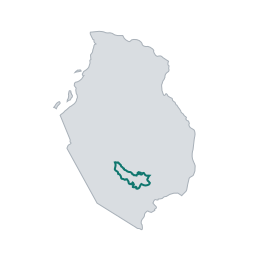 Shinyanga highlighted on a map of United Republic of Tanzania, rotated 212°
{"feature_id": "TZA-3358", "entity_name": "Shinyanga", "entity_type": "Region", "adm_level": 1, "iso_a3": "TZA", "parent_name": "United Republic of Tanzania", "parent_adm1": "", "projection": "mercator", "projection_center": [32.976, -3.814], "detail": "medium", "context": "in_parent", "style": "outline", "palette": "teal", "viewbox_px": 256, "rotation_deg": 212, "n_neighbors": 0, "source": "natural_earth", "source_scale": "10m", "svg_char_len": 5218}
<svg xmlns="http://www.w3.org/2000/svg" viewBox="0 0 256 256"><g transform="rotate(212 128 128)"><path d="M98.7,173.3L96.3,172.1L94.1,171.3L92.3,170.4L91.5,169.6L89.8,169.2L88.3,169.1L87.0,168.3L84.2,168.0L83.9,167.5L83.8,166.3L83.3,166.0L82.3,165.7L81.2,165.7L80.6,165.9L80.2,165.8L79.3,165.1L78.4,164.3L78.1,162.9L76.9,162.0L75.4,161.3L71.3,161.4L70.7,161.2L69.7,160.5L68.6,159.3L67.7,158.0L66.9,156.2L66.0,153.8L61.4,144.1L60.9,142.3L60.0,140.3L58.5,137.8L56.9,135.9L54.8,134.3L52.3,132.6L51.0,131.5L48.5,127.0L48.0,124.8L47.6,122.6L47.8,121.8L49.3,118.9L49.5,118.1L49.3,117.1L48.5,114.8L47.6,112.1L45.6,107.1L45.3,105.8L45.3,104.9L46.5,99.9L46.5,99.1L51.2,99.2L54.6,97.0L57.5,93.7L58.1,92.4L59.3,90.2L60.5,89.2L61.0,88.5L61.7,86.3L63.2,84.9L64.7,83.8L64.4,83.0L64.6,82.7L65.5,82.2L67.1,81.7L67.4,80.6L67.4,79.3L67.1,78.6L67.2,77.8L66.9,77.4L65.9,77.2L64.3,76.6L63.0,76.4L62.1,76.0L61.8,75.7L61.6,75.0L62.4,73.0L61.6,72.3L63.3,69.1L63.6,68.7L64.2,68.6L65.1,68.3L66.0,68.1L66.7,68.2L67.2,68.1L67.6,67.8L68.0,66.7L68.4,64.9L68.2,63.4L67.5,62.2L67.3,60.5L67.6,58.2L67.4,56.2L66.7,54.7L65.9,53.8L64.7,53.3L62.9,51.0L62.3,49.8L62.4,49.1L63.1,48.8L64.2,48.9L65.3,48.6L66.4,48.0L67.4,47.8L67.9,47.9L114.4,47.9L168.8,78.3L169.1,78.6L169.5,81.2L169.4,82.1L168.6,83.6L168.3,84.4L168.3,85.0L168.5,85.2L169.2,85.3L169.8,85.6L170.1,85.9L170.5,87.0L171.1,87.6L191.8,102.5L192.3,102.8L192.0,104.0L190.8,107.1L190.7,108.3L190.3,109.8L189.8,110.8L188.6,115.1L187.7,116.7L186.3,120.4L186.1,123.3L186.8,125.3L187.1,127.2L188.7,129.1L190.0,129.7L190.8,130.6L192.4,132.5L193.2,134.4L196.0,135.4L197.1,137.6L196.7,139.1L195.4,140.3L194.2,142.3L193.3,145.0L193.2,149.0L193.9,148.4L195.3,149.4L195.5,152.4L194.0,155.8L193.6,157.5L193.5,158.8L194.6,163.0L196.2,165.1L196.1,165.8L195.7,166.3L198.5,170.1L198.3,173.4L199.3,175.9L199.8,178.1L200.5,179.8L200.6,181.0L199.7,182.3L201.8,182.6L203.0,183.7L203.6,184.7L205.1,184.6L205.9,185.3L207.0,185.9L209.6,187.6L210.3,188.4L210.7,189.3L203.7,194.7L201.1,196.0L199.3,196.7L197.3,197.0L195.5,197.9L193.7,199.2L191.5,199.9L188.8,199.9L185.9,200.8L181.4,203.6L178.8,202.1L176.7,201.6L174.4,201.6L172.9,201.8L172.4,202.2L172.0,203.1L171.6,204.7L170.0,206.2L167.3,207.6L164.8,208.1L162.5,207.8L161.0,207.2L160.2,206.3L159.0,205.9L157.4,206.0L155.9,206.6L154.4,207.7L152.1,208.2L149.0,208.1L147.3,207.5L147.0,206.6L145.7,205.5L143.1,204.2L141.2,204.2L140.0,205.4L138.9,206.2L138.0,206.5L137.1,206.5L135.8,206.2L132.3,206.1L129.0,206.1L128.6,204.4L128.0,203.3L127.4,202.7L126.2,202.5L125.9,202.0L125.5,201.0L125.0,200.0L124.2,199.3L123.8,198.6L123.6,197.9L123.7,197.2L124.4,195.4L124.6,194.2L124.6,193.0L124.2,191.7L123.4,190.2L123.5,189.7L123.2,188.7L123.2,188.0L123.3,187.1L123.2,185.9L122.5,183.4L122.5,182.7L121.8,181.5L119.6,178.6L119.5,178.2L116.0,175.3L114.7,174.7L114.2,175.2L114.0,175.7L114.1,176.6L114.0,177.1L113.9,177.3L113.1,177.3L112.6,177.2L111.3,176.4L110.2,176.2L107.7,176.3L106.8,176.5L106.1,176.4L104.8,175.0L103.2,174.7L101.8,174.7L99.5,173.1L98.7,173.3ZM196.3,124.9L197.5,128.1L197.3,128.7L196.5,129.0L196.1,129.0L195.6,128.5L195.3,127.5L194.7,127.7L193.6,126.4L192.6,126.4L191.7,124.8L192.0,123.5L191.8,121.2L192.9,120.1L193.6,118.1L194.3,119.5L194.4,121.5L195.4,124.0L196.3,124.9ZM201.8,106.0L201.9,106.7L201.7,107.4L201.7,109.7L201.6,111.2L200.8,113.2L200.1,114.0L199.5,113.8L199.0,113.4L198.6,112.8L199.4,109.0L199.0,106.3L200.6,106.5L201.8,106.0ZM199.5,151.9L198.7,152.0L198.4,151.9L197.9,151.2L198.8,150.7L199.6,149.7L201.5,148.1L202.4,146.9L202.3,148.1L201.2,150.7L200.3,150.9L199.5,151.9Z" fill="#d9dde1" stroke="#a8b0b8" stroke-width="1"/><path d="M109.9,91.5L109.6,91.2L109.6,90.9L108.7,90.7L107.5,91.0L106.5,91.0L105.6,90.8L103.9,91.2L102.6,91.9L101.8,91.9L100.9,91.8L100.2,91.3L99.6,91.1L98.9,91.4L97.9,91.1L97.6,91.3L97.4,91.5L95.6,92.2L95.8,93.0L95.6,93.8L95.2,93.9L95.0,94.2L94.8,94.4L94.7,94.6L95.2,95.2L95.9,95.4L95.6,96.2L94.2,96.6L93.8,96.7L93.8,96.1L93.7,95.7L93.4,95.4L92.9,95.2L92.4,95.5L92.0,95.6L91.7,95.9L91.6,96.5L91.7,97.1L91.7,97.4L91.5,97.6L91.1,98.1L90.5,98.2L89.4,97.6L88.2,97.2L86.9,97.4L85.7,98.3L84.6,98.9L84.8,97.7L84.6,96.9L84.5,96.2L84.5,95.4L84.4,94.6L84.0,94.2L83.5,93.8L82.2,93.6L80.4,93.0L80.2,92.0L80.4,91.0L81.3,89.8L82.6,88.6L84.2,87.9L85.7,87.7L87.0,87.6L87.2,86.4L86.8,83.5L87.1,82.5L87.7,81.6L88.2,81.3L88.8,81.1L89.2,81.4L89.3,82.0L89.7,82.3L90.2,82.3L90.4,81.8L90.8,81.4L91.2,81.1L92.1,80.6L92.6,80.5L92.9,81.0L93.1,81.5L93.0,82.3L93.0,83.1L93.5,83.5L94.7,84.2L95.2,84.2L95.2,83.8L94.9,83.8L94.8,83.3L95.1,82.3L95.6,82.4L96.0,82.2L96.2,81.7L96.5,81.5L96.9,81.6L97.8,81.4L98.7,82.1L99.0,82.7L99.4,83.0L99.8,83.1L100.3,83.4L100.6,83.4L100.9,83.5L101.2,83.8L101.5,84.0L102.5,83.6L103.1,82.5L103.6,82.3L104.1,82.4L104.8,82.3L105.4,82.1L106.2,81.7L106.9,81.7L108.7,83.4L110.0,84.0L110.8,84.2L111.3,84.1L111.8,83.8L112.2,84.0L112.7,84.8L113.4,85.3L114.5,85.4L115.9,85.4L117.1,85.8L117.6,86.6L118.1,88.2L118.7,89.7L119.5,90.8L120.2,91.4L120.9,91.9L120.5,92.3L119.6,92.5L119.0,93.0L118.6,92.9L118.3,93.1L118.1,93.5L117.7,93.5L117.1,93.3L116.6,93.2L116.3,93.2L116.1,92.9L115.8,92.8L115.5,92.9L115.0,92.9L114.5,92.8L114.1,92.5L113.8,92.1L113.4,91.8L112.0,91.8L110.9,91.4L109.9,91.5Z" fill="none" stroke="#0f766e" stroke-width="2"/></g></svg>